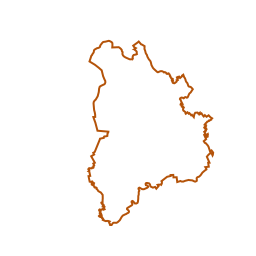 the district of Jamapa, Veracruz, Mexico, rotated 143°
{"feature_id": "50627088B37468936058188", "entity_name": "Jamapa", "entity_type": "district", "adm_level": 2, "iso_a3": "MEX", "parent_name": "Mexico", "parent_adm1": "Veracruz", "projection": "orthographic", "projection_center": [-96.25, 18.99], "detail": "fine", "context": "isolated", "style": "outline", "palette": "amber", "viewbox_px": 256, "rotation_deg": 143, "n_neighbors": 0, "source": "geoboundaries", "source_scale": "gbopen_adm2", "svg_char_len": 5651}
<svg xmlns="http://www.w3.org/2000/svg" viewBox="0 0 256 256"><g transform="rotate(143 128 128)"><path d="M107.4,210.7L108.4,210.5L109.7,209.2L110.3,208.9L112.2,208.3L112.8,207.9L113.7,207.8L118.7,204.3L116.4,198.5L115.1,193.7L114.3,189.9L116.7,184.3L117.6,180.8L117.8,179.4L118.5,178.2L119.7,177.3L120.7,177.2L124.1,177.9L125.7,178.0L127.4,176.8L129.7,174.3L133.1,171.6L136.7,170.1L138.1,170.0L139.7,169.4L140.7,168.4L143.6,163.8L144.3,162.6L145.1,160.6L146.1,158.6L147.5,156.6L149.1,157.6L150.9,151.8L154.0,144.2L145.9,136.9L146.5,136.3L147.6,136.0L149.3,134.1L151.0,134.8L151.6,135.3L152.1,135.5L152.9,135.2L153.3,134.7L156.8,136.3L157.9,135.5L169.0,128.9L170.7,129.1L171.0,127.2L174.4,127.6L175.4,120.2L177.1,120.5L177.4,118.6L178.6,118.4L178.7,117.7L179.6,117.1L179.9,117.2L180.4,117.9L181.3,117.6L183.2,119.3L184.1,119.2L184.5,118.9L184.2,117.9L184.5,117.3L185.5,117.2L185.1,116.6L187.0,112.5L188.5,113.3L190.9,108.2L190.1,107.4L190.0,107.0L189.3,107.1L188.7,106.8L188.7,106.6L189.5,106.3L189.5,106.1L188.8,105.1L189.0,105.1L188.7,104.5L188.7,103.9L189.4,103.6L189.8,103.7L189.6,105.0L190.1,105.4L190.7,105.2L191.0,104.6L190.3,103.1L190.0,101.4L190.5,100.8L190.3,100.3L189.2,99.5L189.1,99.0L189.8,98.2L189.5,97.4L189.7,95.7L189.3,94.5L188.5,92.8L188.5,89.8L190.6,86.9L191.6,85.8L193.3,83.6L193.6,83.8L193.8,84.4L194.1,84.5L194.3,84.4L194.5,83.4L194.2,81.9L193.8,81.6L193.8,81.0L195.0,81.0L195.5,80.6L194.3,79.2L194.8,78.8L195.2,79.0L195.8,78.7L195.5,77.8L195.6,77.2L196.9,77.6L197.0,78.6L198.8,78.8L199.6,80.0L200.2,80.0L200.7,79.5L200.7,79.1L199.8,78.3L200.5,77.4L200.9,77.1L201.5,77.3L201.9,77.0L202.0,76.6L201.9,76.2L201.1,75.7L201.4,74.8L202.2,74.9L202.4,74.6L202.2,74.2L201.7,73.9L201.9,73.5L202.5,73.5L202.8,74.2L203.7,75.3L204.2,75.2L204.2,74.7L203.7,73.6L202.8,72.7L203.0,71.7L202.9,71.6L202.5,71.5L202.6,70.1L203.3,70.0L203.5,69.8L203.3,69.5L202.7,69.2L202.8,68.5L202.6,68.2L201.7,66.9L200.9,66.6L200.0,65.9L199.3,65.1L198.9,64.4L200.7,64.1L200.1,64.1L200.2,61.9L200.7,61.6L200.7,61.3L199.5,60.4L197.5,61.1L196.9,61.1L196.5,61.0L194.2,59.2L193.0,59.0L190.0,59.3L186.8,60.7L184.9,61.2L182.6,60.8L181.1,60.4L180.3,60.4L178.7,60.1L178.1,60.2L177.4,60.8L177.2,61.7L177.6,63.8L177.2,64.3L176.7,64.5L171.5,64.0L170.7,64.2L170.2,64.7L169.7,66.8L169.1,67.2L168.3,67.0L168.0,66.2L167.9,63.6L166.8,62.7L165.5,62.5L164.5,63.1L162.5,65.2L160.7,67.5L159.6,68.3L159.0,69.0L157.9,70.5L156.7,71.1L156.3,72.9L155.9,73.5L155.2,73.6L154.7,73.4L153.6,70.8L152.8,70.0L152.0,69.5L148.6,68.7L147.4,68.8L147.1,69.2L147.1,70.1L147.4,70.7L148.1,71.6L147.8,72.4L147.3,73.0L146.9,73.1L146.4,73.0L145.8,72.6L144.5,71.1L144.4,69.8L145.1,68.1L145.1,67.5L144.0,65.4L141.8,64.6L141.9,62.5L138.7,63.2L138.6,64.8L137.7,64.4L136.4,63.4L135.4,63.2L135.4,62.8L134.4,63.3L132.8,65.2L132.9,65.4L126.1,65.5L122.8,64.0L122.3,64.8L120.1,63.3L121.4,61.2L118.8,59.4L121.2,55.2L118.0,54.1L117.5,53.1L116.2,52.0L114.1,51.4L110.8,50.0L110.2,49.3L108.2,47.5L107.9,47.1L107.7,46.4L106.7,44.8L106.2,44.6L105.0,44.4L104.4,44.9L103.4,46.6L102.5,46.9L102.1,46.9L100.7,46.4L100.1,46.4L98.4,46.6L95.4,47.6L92.0,47.8L90.3,47.7L90.0,48.3L89.8,50.2L86.8,48.5L84.9,52.0L83.8,51.3L82.3,57.6L80.4,58.1L78.8,58.3L76.8,58.2L76.6,56.8L77.0,55.2L76.4,55.5L74.4,57.5L74.7,57.4L74.8,59.9L76.5,60.1L74.9,64.8L74.8,66.4L75.0,67.9L74.9,68.4L75.0,68.9L75.6,70.0L75.4,71.9L72.3,72.1L72.0,73.6L69.6,73.2L69.4,74.4L68.3,74.4L67.9,75.2L71.6,75.3L71.3,76.7L69.7,76.7L69.5,78.6L69.4,79.0L68.3,78.6L67.7,78.9L68.1,79.3L67.9,79.5L67.4,79.7L66.0,79.8L65.9,80.1L66.1,81.1L66.7,81.2L66.9,82.4L66.2,82.7L65.0,82.3L64.9,83.2L64.0,83.3L64.1,84.2L64.5,84.6L63.1,85.0L61.6,85.1L61.0,85.4L59.1,84.9L59.0,85.2L58.8,85.3L58.1,84.9L56.7,84.6L56.6,84.8L55.0,85.1L55.7,86.9L56.0,89.6L58.5,89.7L58.9,92.0L60.6,91.6L60.7,92.5L60.5,95.5L62.5,95.8L61.6,97.0L63.2,97.1L63.2,98.5L65.1,99.7L66.8,99.0L68.9,97.1L69.0,100.1L69.9,100.1L70.0,102.9L70.9,102.9L71.0,104.7L73.3,104.6L73.3,105.0L72.6,106.2L73.3,108.7L72.7,110.0L71.2,110.8L71.9,111.7L71.2,112.2L72.0,113.0L71.0,114.0L71.9,114.7L72.0,115.0L71.2,115.6L70.4,115.0L70.1,115.4L69.9,115.1L69.5,117.4L69.0,119.0L69.2,119.4L69.1,119.9L68.5,120.3L67.1,120.2L65.9,119.0L65.8,118.3L65.6,118.2L63.9,118.3L63.5,118.1L63.0,117.4L62.8,116.8L62.1,116.6L61.3,116.9L58.9,118.3L58.1,118.6L56.5,118.7L52.9,120.0L53.0,121.8L53.3,123.2L54.3,124.2L54.5,125.3L53.6,128.0L53.7,129.9L53.4,131.2L52.9,132.2L52.5,134.1L52.6,134.6L51.8,137.3L53.2,137.3L53.3,136.8L56.2,136.6L56.2,137.9L57.0,137.7L57.1,138.7L58.5,139.0L59.3,136.4L60.4,136.9L60.8,136.1L61.3,135.8L63.3,135.7L64.2,135.9L65.0,137.1L64.5,139.1L63.6,138.6L63.2,139.7L62.7,140.2L62.8,140.6L63.6,140.9L63.3,143.8L63.0,143.8L62.8,145.4L62.7,145.4L62.6,145.9L62.8,146.1L62.7,147.2L64.2,147.6L64.3,147.9L64.2,148.1L64.5,148.3L64.4,148.9L64.5,149.7L65.0,150.5L65.8,150.7L65.8,151.3L66.7,153.0L68.0,153.9L70.5,154.5L70.8,154.8L71.0,155.4L71.8,159.7L71.9,161.0L71.4,164.1L70.2,166.8L69.9,167.9L69.9,168.8L70.0,170.3L69.6,173.2L68.9,175.2L68.9,176.4L68.7,177.3L67.8,179.4L67.3,181.2L65.5,183.4L66.6,186.1L67.2,187.0L67.2,187.5L67.4,190.6L68.5,190.5L74.3,190.6L74.4,188.6L73.7,187.1L75.6,187.1L75.3,186.8L75.5,186.1L75.2,185.3L75.1,183.8L76.2,182.1L76.7,182.0L76.7,181.7L77.2,181.8L79.5,182.9L80.7,182.6L81.9,181.6L82.1,180.9L82.3,180.6L83.2,180.2L83.4,180.5L84.9,181.5L85.4,182.0L87.6,186.0L88.2,187.7L88.3,189.1L87.9,190.5L86.9,191.5L86.6,192.0L86.7,192.6L86.5,193.3L86.0,194.2L86.1,195.8L86.6,197.7L86.9,198.2L92.1,201.8L90.5,203.6L89.4,205.2L89.4,206.5L90.4,208.6L90.9,209.2L94.0,210.5L96.0,211.6L97.3,211.5L100.2,210.7L100.8,210.4L101.4,209.7L102.1,209.6L103.2,209.7L104.8,210.4L107.4,210.7Z" fill="none" stroke="#b45309" stroke-width="2"/></g></svg>